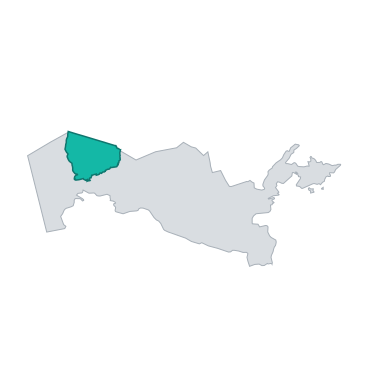 Muynak, Karakalpakstan, Uzbekistan (highlighted), rotated 345°
{"feature_id": "79887680B8314614924968", "entity_name": "Muynak", "entity_type": "district", "adm_level": 2, "iso_a3": "UZB", "parent_name": "Uzbekistan", "parent_adm1": "Karakalpakstan", "projection": "robinson", "projection_center": [59.714, 44.364], "detail": "fine", "context": "in_parent", "style": "filled", "palette": "teal", "viewbox_px": 384, "rotation_deg": 345, "n_neighbors": 0, "source": "geoboundaries", "source_scale": "gbopen_adm2", "svg_char_len": 5954}
<svg xmlns="http://www.w3.org/2000/svg" viewBox="0 0 384 384"><g transform="rotate(345 192 192)"><path d="M298.7,174.9L304.1,172.5L307.3,174.1L307.6,175.1L304.3,176.9L301.3,177.9L300.5,180.2L297.5,181.2L294.6,184.5L289.9,187.8L289.9,188.4L290.4,189.0L291.9,189.4L295.2,191.2L298.2,190.1L299.0,190.4L299.8,191.4L300.8,194.4L302.2,195.2L306.7,196.7L310.0,196.7L311.7,197.4L311.9,197.1L311.9,192.7L313.3,193.4L314.8,192.9L315.3,190.7L314.9,189.2L315.9,188.4L316.5,188.9L316.7,190.3L318.3,191.1L319.6,193.3L320.1,195.8L323.2,196.5L324.3,196.0L325.1,196.3L325.7,199.4L326.2,199.7L328.8,199.1L331.4,200.4L334.2,202.8L337.2,203.0L337.9,203.4L340.0,203.0L342.6,203.7L342.7,204.1L342.3,204.6L336.5,207.5L334.9,209.5L333.7,210.2L330.0,209.0L329.5,210.3L330.2,211.5L329.5,212.8L327.6,212.3L327.2,211.7L325.4,212.0L323.5,214.1L322.6,215.9L320.6,216.4L318.0,218.2L316.9,216.8L314.9,217.0L312.3,215.5L311.1,215.3L299.7,217.1L298.8,216.8L297.4,214.5L294.5,213.2L294.6,212.0L300.2,207.1L300.8,205.6L298.8,204.7L299.1,203.4L295.1,199.5L294.4,199.2L293.9,199.4L292.6,202.3L282.6,207.4L281.1,206.9L278.8,205.0L277.3,204.3L275.5,205.9L275.7,207.8L273.8,209.3L275.8,214.4L275.6,215.1L274.3,215.3L275.4,217.2L274.6,217.4L269.7,216.7L264.0,217.9L264.2,218.7L269.3,218.5L270.0,218.9L270.1,219.5L269.9,219.9L267.2,220.4L267.0,221.1L268.5,223.4L267.8,223.9L266.9,223.5L266.1,225.0L264.4,224.9L263.7,229.3L262.3,230.9L260.4,231.6L248.3,229.6L245.3,231.0L243.3,233.0L242.0,237.8L242.2,238.4L247.4,240.2L248.3,243.2L254.5,243.4L255.6,243.9L256.1,244.6L256.4,245.4L254.8,250.2L255.6,254.4L256.7,256.4L260.5,260.1L260.4,262.1L259.6,263.9L258.6,265.5L257.5,266.2L256.1,268.2L254.8,270.7L252.2,273.9L251.4,275.7L251.3,281.0L250.6,282.5L250.5,281.9L249.5,281.4L246.8,281.2L246.3,280.5L242.8,281.7L240.5,281.2L238.2,279.0L233.9,278.2L228.4,278.7L228.1,273.3L228.2,269.3L230.0,266.1L229.9,265.5L229.0,264.4L225.7,263.6L221.8,261.1L218.1,259.4L216.1,258.8L213.8,259.8L211.8,259.5L202.1,253.0L193.9,248.3L188.3,243.5L185.7,244.0L178.6,239.6L173.9,234.9L158.7,224.5L155.7,222.0L154.9,220.7L153.7,214.3L152.3,211.4L150.4,209.8L148.7,206.8L146.1,199.3L145.2,198.0L140.6,194.9L138.1,194.1L136.1,194.6L135.1,195.8L133.6,195.9L127.0,194.7L119.8,195.2L113.4,191.4L113.0,190.8L113.0,189.8L114.2,187.3L114.0,186.2L113.1,185.0L113.1,183.7L113.7,183.0L114.9,183.2L115.3,182.8L115.2,182.1L113.7,180.5L110.8,179.1L111.3,178.2L111.5,175.7L111.9,174.5L111.5,174.0L109.3,172.2L102.2,172.1L100.5,171.6L99.2,170.9L97.8,168.2L97.2,167.6L92.2,166.5L87.3,161.9L86.3,163.9L85.3,164.4L81.5,163.8L79.6,165.1L84.2,169.8L85.3,171.3L85.2,172.1L83.9,172.3L82.7,170.0L81.9,169.4L77.5,168.1L76.0,169.6L75.6,171.4L73.7,174.5L71.4,175.0L66.1,175.2L64.5,175.9L63.5,176.8L61.4,179.5L58.8,181.6L59.6,190.3L61.3,192.5L59.6,194.4L41.3,193.1L42.6,114.4L68.5,107.1L87.0,102.5L129.1,127.3L130.1,128.2L130.6,130.4L131.8,132.1L146.2,146.6L167.2,143.7L188.6,145.3L196.6,141.8L203.0,148.2L207.0,150.5L212.6,159.8L217.7,157.3L217.1,168.4L216.6,171.8L216.7,178.5L225.2,178.7L227.4,189.4L229.5,196.2L231.3,196.9L247.5,196.0L248.7,196.5L251.0,195.8L252.5,197.9L254.2,199.4L253.2,204.1L255.3,206.0L259.9,208.2L262.6,208.1L263.1,207.3L262.9,206.2L262.2,205.0L262.2,203.7L262.6,202.7L265.1,199.1L269.4,195.6L270.3,194.3L270.6,192.1L272.1,190.9L275.8,189.5L276.3,188.4L280.8,185.6L285.9,183.8L288.2,182.4L290.3,179.7L293.5,176.9L294.8,176.8L295.7,177.7L296.5,177.8L298.7,174.9ZM298.9,201.4L298.2,200.0L297.4,199.5L297.0,199.7L298.4,201.4L298.9,201.4ZM309.7,223.8L306.3,223.7L306.8,221.6L305.5,220.6L305.2,219.5L305.4,218.6L306.3,218.2L307.3,219.7L310.0,220.4L309.2,221.9L309.9,223.4L309.7,223.8ZM319.9,221.5L319.4,223.4L317.9,222.6L318.1,222.1L319.9,221.5Z" fill="#d9dde1" stroke="#a8b0b8" stroke-width="1"/><path d="M116.6,148.3L117.4,148.4L118.3,148.4L119.3,147.6L119.7,147.5L119.8,147.2L120.3,147.5L121.2,147.5L122.0,147.8L122.6,147.6L123.3,147.9L123.6,147.8L124.1,147.9L124.7,148.0L125.0,148.1L125.3,148.0L125.9,148.0L126.1,147.6L126.7,147.4L127.0,147.1L127.2,146.5L127.6,146.6L127.8,146.4L127.7,145.8L128.0,145.7L128.0,145.0L128.4,144.8L128.9,144.8L129.1,144.0L129.7,142.9L130.4,142.9L131.2,141.8L131.1,141.0L131.4,140.6L131.4,139.4L131.7,138.7L131.8,138.3L132.0,138.2L132.0,137.1L132.2,136.8L132.3,135.6L132.6,135.1L133.8,132.8L133.7,132.8L132.6,131.5L132.1,131.0L131.3,130.2L131.2,130.1L131.3,130.4L131.4,130.9L131.4,131.1L131.2,130.7L131.1,130.4L131.1,130.2L130.9,130.0L130.8,129.8L130.7,129.7L130.7,129.1L130.8,128.8L130.7,128.6L130.7,128.4L130.6,127.8L130.4,127.7L130.2,127.7L130.2,127.4L129.8,127.4L129.7,127.3L125.5,124.7L121.5,122.2L100.9,109.4L96.9,107.0L92.4,104.2L88.1,101.5L86.9,104.2L86.6,105.2L86.3,106.3L85.7,107.0L85.0,107.8L84.3,108.8L83.8,110.0L83.5,111.3L83.1,112.3L82.5,113.1L82.1,114.1L81.8,114.8L81.5,115.6L80.9,116.8L80.4,117.8L80.7,119.4L81.2,121.4L82.0,122.8L82.0,123.3L81.0,124.5L80.5,125.7L80.8,127.7L80.9,128.6L81.3,130.1L82.0,131.3L83.4,133.1L83.4,133.7L83.1,135.0L83.2,135.8L83.1,136.8L83.0,138.1L82.7,138.8L82.4,140.2L82.5,141.1L83.0,142.3L83.6,143.7L84.6,144.7L85.5,144.9L85.9,145.3L85.8,145.7L85.3,145.7L84.2,145.8L83.5,146.2L82.8,146.7L82.2,147.6L82.2,148.3L82.4,148.8L82.3,149.1L81.7,149.1L81.8,149.4L82.3,149.5L82.3,149.9L82.6,149.9L82.8,150.4L85.5,150.8L86.5,150.9L90.4,150.9L90.4,151.3L90.8,151.8L91.9,152.7L92.0,153.0L92.5,153.3L92.9,153.3L93.0,153.1L93.4,153.2L93.6,153.0L93.9,152.9L94.4,152.8L94.5,153.1L94.1,153.4L93.9,153.7L93.6,154.3L94.0,154.2L94.3,154.0L94.7,154.1L94.6,154.4L94.8,154.4L95.1,154.2L95.6,154.0L95.8,154.1L95.9,154.5L96.5,154.5L96.4,154.2L96.4,153.3L96.5,152.3L97.4,151.9L98.0,152.2L98.4,151.7L99.0,151.0L99.2,150.2L99.6,149.8L100.0,150.0L101.0,149.9L102.0,149.8L103.1,149.9L104.2,149.9L103.9,151.0L105.8,151.0L107.0,150.8L107.4,150.4L108.0,149.9L109.1,150.1L109.2,150.5L109.5,150.5L110.2,150.1L111.1,149.6L111.9,149.8L112.6,149.9L113.0,149.6L113.6,149.6L113.7,148.9L114.3,148.6L115.2,148.6L115.9,148.2L116.6,148.3Z" fill="#14b8a6" stroke="#0f766e" stroke-width="1.5"/></g></svg>